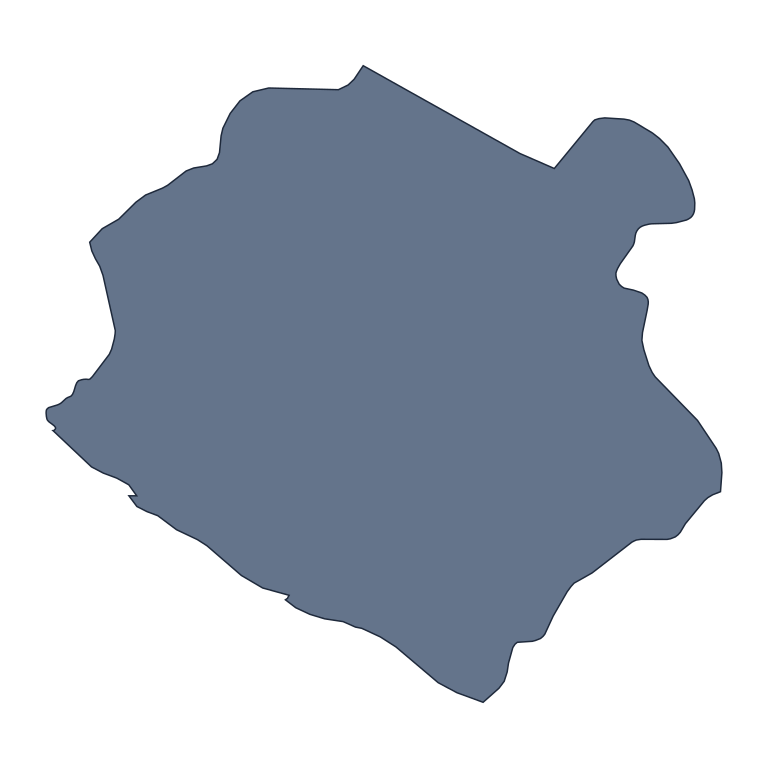 map outline of Sinoe (Albers equal-area conic projection)
{"feature_id": "LBR-782", "entity_name": "Sinoe", "entity_type": "County", "adm_level": 1, "iso_a3": "LBR", "parent_name": "Liberia", "parent_adm1": "", "projection": "albers", "projection_center": [-8.843, 5.349], "detail": "fine", "context": "isolated", "style": "filled", "palette": "slate", "viewbox_px": 768, "rotation_deg": 0, "n_neighbors": 0, "source": "natural_earth", "source_scale": "10m", "svg_char_len": 2438}
<svg xmlns="http://www.w3.org/2000/svg" viewBox="0 0 768 768"><path d="M483.1,702.3L456.9,692.7L438.2,682.7L395.9,646.9L380.3,636.9L361.7,628.3L355.5,627.1L343.1,621.6L324.6,618.8L309.8,614.3L295.7,607.7L285.4,599.8L287.3,598.5L287.7,598.1L287.9,597.4L289.1,595.3L262.7,588.0L241.4,575.5L206.9,545.7L197.4,539.6L176.5,529.7L157.8,515.7L146.9,511.6L136.9,506.5L128.9,495.8L136.7,495.8L128.8,484.8L116.7,478.1L103.3,473.1L91.5,466.9L53.0,430.6L53.9,430.5L55.2,429.2L55.6,428.3L55.4,427.3L54.1,425.7L48.8,421.7L48.0,420.8L47.3,419.9L46.9,418.9L46.4,416.5L46.1,413.0L46.2,411.2L46.4,410.0L47.3,408.7L48.7,407.6L57.5,404.9L59.5,404.0L60.8,403.2L61.8,402.4L65.9,398.6L67.5,397.6L70.9,396.2L72.5,394.4L73.8,391.5L75.6,385.5L76.8,382.7L78.4,380.8L81.7,379.7L83.9,379.3L86.4,379.2L88.0,379.4L89.1,379.4L90.0,379.0L92.4,376.6L109.3,354.3L111.6,349.2L114.3,339.0L115.1,333.8L115.3,330.6L103.0,275.4L99.7,266.2L95.4,258.7L91.8,250.9L89.7,242.2L102.2,228.7L118.7,219.2L135.9,202.2L145.6,195.0L162.3,188.2L167.6,185.3L186.1,171.0L193.7,168.0L206.6,165.9L212.4,163.8L217.1,159.3L219.5,152.6L221.1,135.8L222.9,128.2L230.2,113.4L240.0,100.8L252.8,91.8L268.7,88.0L338.4,89.7L348.1,85.0L354.1,79.3L363.2,65.7L519.9,153.5L554.3,168.5L592.9,121.6L594.8,119.9L599.0,118.6L604.8,117.9L623.9,119.1L629.4,120.1L634.1,122.0L652.6,133.1L659.5,138.5L667.9,147.0L679.5,163.7L688.7,180.6L692.1,190.0L694.4,198.8L694.8,203.0L694.6,209.5L694.2,211.7L693.5,213.7L692.4,215.7L690.8,217.5L688.7,218.9L686.5,220.0L676.5,222.6L671.4,223.3L651.8,223.8L649.2,224.1L644.7,225.2L642.4,226.0L640.2,227.2L638.4,228.8L636.9,230.9L635.9,233.0L635.3,235.3L634.4,241.8L633.8,243.8L632.9,245.9L620.3,263.7L617.7,268.3L616.7,270.6L615.9,273.1L616.0,276.0L616.7,279.2L619.2,284.2L621.6,286.5L624.1,288.1L633.4,290.1L641.9,293.0L644.9,295.1L647.0,297.3L647.9,299.4L648.3,301.8L648.2,304.1L647.1,310.5L642.5,332.6L641.9,340.4L643.9,349.8L648.9,365.6L652.2,372.5L655.2,376.9L697.5,420.4L716.2,448.4L718.7,453.5L721.3,463.1L721.9,472.7L720.5,491.7L712.8,494.7L707.9,497.6L704.4,500.7L685.4,523.7L680.4,532.1L678.1,534.7L675.3,536.9L670.4,538.8L667.1,539.4L641.1,539.3L636.4,540.0L634.1,541.0L631.8,542.2L592.0,573.0L574.1,583.1L571.1,586.4L567.2,591.7L553.2,616.0L544.8,634.2L543.0,636.4L540.5,638.5L535.4,640.5L532.3,641.3L517.3,642.3L515.0,644.2L512.8,647.6L508.5,663.1L507.2,671.9L504.2,681.3L499.0,688.2L483.2,702.2L483.1,702.3Z" fill="#64748b" stroke="#1e293b" stroke-width="1.5"/></svg>